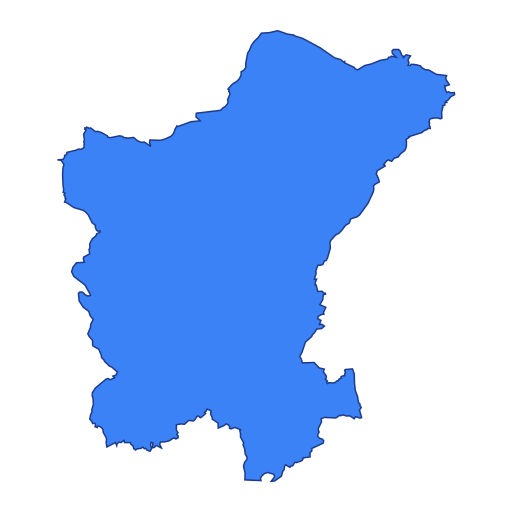 Copalnic-Manastur, Maramures, Romania (Equal Earth projection)
{"feature_id": "2599482B86990390318638", "entity_name": "Copalnic-Manastur", "entity_type": "district", "adm_level": 2, "iso_a3": "ROU", "parent_name": "Romania", "parent_adm1": "Maramures", "projection": "equal_earth", "projection_center": [23.692, 47.516], "detail": "fine", "context": "isolated", "style": "filled", "palette": "blue", "viewbox_px": 512, "rotation_deg": 0, "n_neighbors": 0, "source": "geoboundaries", "source_scale": "gbopen_adm2", "svg_char_len": 5952}
<svg xmlns="http://www.w3.org/2000/svg" viewBox="0 0 512 512"><path d="M271.2,481.3L274.7,480.9L281.4,476.2L282.7,471.4L284.1,469.7L284.5,466.4L285.6,464.8L289.6,467.2L290.4,467.0L290.5,466.1L292.7,465.8L294.8,462.3L296.6,462.6L301.8,460.7L302.9,459.3L303.0,457.9L310.1,456.9L310.0,452.8L311.8,450.9L311.9,448.4L323.1,443.2L323.7,440.8L322.7,439.4L319.3,438.0L317.8,436.6L317.8,434.4L319.2,432.0L318.3,430.5L318.4,428.2L321.5,421.9L321.2,418.7L324.4,417.4L335.8,418.0L339.8,415.3L340.7,415.7L342.6,414.9L346.6,416.0L350.0,415.9L354.2,418.8L355.6,416.7L360.0,418.1L361.6,417.6L359.5,410.0L361.2,407.6L359.8,405.0L360.0,404.1L358.4,402.2L357.6,396.8L355.3,390.4L354.5,382.9L354.3,374.0L352.5,368.9L345.3,369.5L344.6,370.4L345.4,372.4L344.6,374.2L344.6,375.7L342.3,376.0L340.9,377.1L341.4,378.0L338.7,379.4L338.5,380.7L336.5,381.1L335.5,382.4L332.9,383.0L328.7,382.7L327.7,383.6L326.6,382.6L327.4,380.9L325.3,379.3L326.3,377.7L326.2,375.8L323.4,371.9L324.2,369.1L319.2,367.9L314.1,362.5L302.4,362.9L301.2,358.9L299.7,356.6L302.0,352.3L305.4,342.1L311.7,336.5L312.3,334.9L314.9,332.1L316.7,329.1L321.7,328.5L324.4,326.1L322.0,324.3L319.4,324.6L320.9,320.4L317.6,318.6L318.2,316.3L321.7,314.4L323.9,314.2L323.5,312.5L325.8,307.3L319.8,304.7L322.8,299.6L323.2,294.9L325.6,294.1L325.2,293.1L323.8,293.1L322.1,291.3L317.7,291.4L316.2,285.1L315.4,285.1L315.3,284.5L315.3,282.2L316.6,279.2L314.4,279.3L316.1,273.4L315.8,270.9L317.9,265.2L320.3,265.3L322.9,264.4L324.3,261.1L326.3,260.4L327.5,258.0L330.4,247.9L329.9,242.8L330.7,240.5L335.7,234.9L338.6,233.5L341.4,230.8L345.5,225.4L349.2,223.1L350.7,218.9L357.1,216.8L359.5,215.0L368.1,203.1L373.4,191.6L373.8,188.9L373.5,185.9L374.9,184.4L379.3,181.9L378.5,178.8L376.3,173.8L377.3,170.6L385.2,166.0L384.6,165.0L383.5,164.7L386.6,161.0L388.2,159.9L391.7,161.3L394.3,158.1L398.0,157.1L400.6,153.7L404.7,150.6L406.0,148.0L406.4,145.5L406.5,141.6L405.9,139.7L409.4,137.2L409.0,136.6L421.8,132.6L424.2,130.6L427.1,129.5L427.7,128.4L430.3,128.5L429.9,126.2L429.3,125.9L429.6,122.9L429.0,122.1L429.9,118.9L434.8,117.9L438.1,118.0L440.4,118.8L441.9,118.2L441.6,112.1L442.9,106.9L442.6,105.6L444.7,105.2L445.1,102.4L446.7,102.4L446.0,101.2L447.7,100.4L450.9,96.7L454.6,94.6L454.3,92.5L450.7,92.8L448.7,91.8L446.8,92.5L445.6,90.1L444.7,85.7L446.0,85.9L449.4,84.7L446.1,79.7L445.8,77.5L446.6,75.6L436.2,74.3L428.8,70.0L425.2,69.7L421.4,67.4L420.7,66.0L416.6,64.8L412.7,64.3L411.1,64.4L410.2,65.4L408.0,65.4L409.0,62.8L408.2,61.4L408.2,59.3L410.5,55.9L406.1,54.8L403.4,57.5L403.4,56.2L402.0,55.7L400.0,50.9L398.6,49.5L393.4,49.5L392.0,51.1L392.4,53.5L396.1,57.1L391.3,56.2L390.9,57.0L388.8,57.2L387.5,59.1L380.4,60.3L371.2,64.0L364.8,65.5L357.7,69.8L355.2,68.9L354.3,67.4L344.8,63.0L344.7,61.4L343.4,61.9L340.7,59.6L334.6,57.9L320.3,47.9L302.9,38.5L294.7,35.9L293.6,35.0L287.5,34.1L277.6,30.7L269.1,32.7L261.5,33.1L258.4,37.4L254.2,41.4L251.4,45.4L249.6,50.0L247.7,53.0L245.7,63.5L245.8,67.6L243.7,70.3L241.1,71.8L241.1,75.1L239.3,78.9L236.6,81.5L232.5,84.0L228.2,88.7L228.1,89.4L229.2,89.8L228.7,91.4L229.5,92.1L229.8,94.4L227.7,99.5L228.1,102.9L225.2,106.6L223.1,107.7L220.7,110.3L196.3,113.2L196.0,116.9L200.2,120.8L191.1,121.7L177.8,126.5L177.0,125.9L175.2,128.9L173.5,133.4L171.3,136.1L165.6,138.8L160.7,140.3L149.9,140.0L149.5,142.8L150.7,145.6L150.3,146.1L144.2,142.0L141.3,142.4L137.3,140.6L133.7,137.5L128.0,138.1L123.8,137.5L122.4,136.4L119.6,135.8L110.3,137.7L107.7,137.0L107.3,135.8L101.6,132.6L97.5,131.3L95.6,131.7L90.6,127.9L89.3,128.3L86.5,127.1L85.6,128.4L84.8,128.1L84.7,129.1L86.1,130.2L83.6,134.1L84.4,139.7L83.8,141.6L84.2,143.6L83.9,147.7L81.1,149.3L78.3,149.1L76.1,150.2L66.9,152.4L66.8,154.2L64.6,155.5L64.7,156.7L63.2,159.4L57.4,159.9L61.1,160.3L63.9,164.4L62.9,168.5L62.6,174.4L63.0,184.7L63.7,190.2L63.1,192.4L65.0,193.1L64.0,194.9L64.9,196.1L65.3,198.6L65.8,198.7L64.6,202.1L65.9,202.3L73.8,207.5L83.4,210.4L85.4,211.8L88.2,214.8L92.1,222.7L95.4,225.4L95.4,227.6L96.6,230.4L97.9,231.2L100.0,230.9L99.7,232.4L96.7,233.8L95.8,236.0L92.4,238.7L91.1,240.9L89.8,243.7L89.8,247.9L89.0,249.7L89.7,253.8L83.7,257.1L83.3,258.9L84.4,262.3L76.4,262.8L72.9,267.3L71.6,271.7L73.8,276.4L85.1,285.1L90.6,295.1L89.8,295.8L87.4,295.9L85.0,294.6L82.8,292.3L81.0,291.9L79.5,292.2L78.4,293.5L79.2,301.0L83.3,307.3L88.8,311.4L90.1,315.6L93.2,319.4L90.8,324.1L90.4,327.7L87.8,333.8L89.2,336.5L92.5,340.3L92.6,345.1L93.1,346.0L98.8,349.3L101.3,355.2L101.5,357.6L103.8,359.7L104.5,361.3L109.3,366.0L111.7,367.0L117.5,372.0L115.8,375.2L112.9,376.1L114.6,377.8L110.2,379.7L107.8,378.5L106.0,379.2L95.4,388.0L92.4,392.7L92.2,396.3L93.0,397.9L93.4,404.4L91.7,409.8L92.1,411.5L90.6,414.8L89.8,419.1L91.9,421.5L92.6,423.5L94.9,423.4L95.6,424.6L95.0,426.7L97.2,427.6L97.8,426.0L100.0,426.5L102.8,429.0L103.2,432.3L106.5,438.2L106.2,442.7L106.9,447.0L115.4,442.5L116.7,445.5L116.9,444.0L119.1,442.1L120.9,442.6L124.5,440.0L124.0,441.0L124.5,442.6L130.4,442.6L130.8,444.2L133.0,445.8L133.7,448.6L135.6,450.0L136.9,448.9L140.9,448.4L142.8,447.1L144.4,448.7L145.5,448.3L147.2,450.3L150.1,451.2L152.2,447.7L151.3,447.4L150.6,445.2L151.1,442.3L153.0,442.9L152.4,447.7L154.5,447.4L155.4,446.1L156.7,445.6L161.4,448.0L159.7,444.2L160.5,442.0L164.7,441.9L169.3,440.8L173.2,438.2L174.7,438.1L175.9,439.0L178.2,437.7L178.1,435.8L176.7,434.7L178.0,432.7L176.4,430.3L176.4,424.7L181.2,423.9L184.4,424.3L188.9,420.3L193.2,421.0L194.5,420.2L196.8,416.7L198.3,415.9L200.3,417.7L201.3,417.3L205.6,413.6L204.4,412.3L206.5,410.8L206.9,409.1L207.8,409.2L211.0,410.9L210.6,413.8L212.3,417.8L212.2,419.1L218.0,423.0L218.2,428.1L223.8,425.7L226.1,423.9L228.2,424.8L229.7,426.5L229.5,428.4L231.0,428.9L234.7,427.4L240.6,429.7L239.8,430.7L240.5,433.7L240.5,437.1L243.7,442.8L243.0,444.6L244.6,448.8L245.2,454.0L247.3,457.7L246.5,460.1L244.7,462.1L243.5,466.2L245.1,473.2L244.9,479.9L261.0,480.6L260.4,478.4L261.6,476.2L264.5,473.5L267.7,472.5L273.2,474.1L274.3,475.2L274.5,476.9L271.2,481.3Z" fill="#3b82f6" stroke="#1e3a8a" stroke-width="1.5"/></svg>